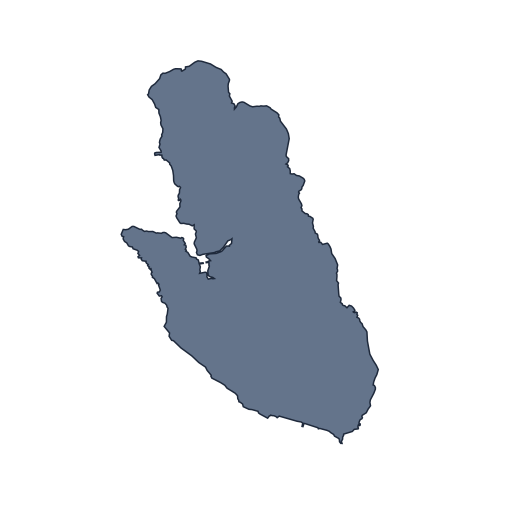 outline of Maap, Federated States of Micronesia, rotated 127°
{"feature_id": "79324940B26279629748947", "entity_name": "Maap", "entity_type": "district", "adm_level": 2, "iso_a3": "FSM", "parent_name": "Federated States of Micronesia", "parent_adm1": "", "projection": "orthographic", "projection_center": [138.163, 9.592], "detail": "fine", "context": "isolated", "style": "filled", "palette": "slate", "viewbox_px": 512, "rotation_deg": 127, "n_neighbors": 0, "source": "geoboundaries", "source_scale": "gbopen_adm2", "svg_char_len": 6121}
<svg xmlns="http://www.w3.org/2000/svg" viewBox="0 0 512 512"><g transform="rotate(127 256 256)"><path d="M381.1,166.8L378.8,160.9L379.8,159.5L379.8,157.7L378.5,149.1L375.6,149.1L375.2,148.6L374.2,148.5L373.9,147.3L372.7,145.4L372.2,143.1L372.4,141.8L369.9,141.1L363.2,123.6L361.4,120.1L361.3,118.1L364.4,116.7L364.0,115.8L360.8,116.9L360.3,115.9L355.9,103.2L356.5,102.2L355.3,101.2L352.6,94.6L351.9,91.9L352.1,90.3L351.8,86.6L352.6,84.9L351.9,79.9L352.8,78.6L354.1,77.5L354.6,75.5L353.9,74.5L352.7,76.2L350.2,76.6L348.3,77.9L346.7,78.0L345.5,78.8L338.2,73.5L335.3,73.2L332.6,70.4L331.8,70.6L331.3,71.7L329.6,72.6L329.1,72.6L329.4,71.6L328.9,71.1L328.2,71.1L327.4,71.8L327.8,72.8L326.8,73.6L324.7,74.2L323.6,74.2L322.4,73.5L321.1,73.7L320.5,74.8L319.3,75.3L314.9,73.6L310.8,74.3L306.7,74.4L304.4,76.9L302.0,78.1L294.8,79.3L290.5,80.5L289.1,81.6L288.2,83.5L288.5,84.8L285.8,86.2L281.7,87.5L278.1,88.1L273.1,90.0L270.9,94.2L268.9,99.6L265.9,106.0L256.9,115.8L249.9,121.7L248.9,123.9L248.0,128.0L246.2,130.6L246.1,132.3L245.4,134.0L244.2,135.2L243.8,136.6L244.2,138.5L242.1,139.1L242.0,140.2L240.4,141.0L240.5,142.1L241.8,143.0L242.3,144.4L242.0,144.8L240.7,143.9L239.8,144.4L238.9,146.8L238.5,149.6L239.3,151.9L242.6,152.2L242.3,155.1L243.0,156.6L242.9,157.7L242.2,158.5L242.3,160.7L239.8,161.8L238.5,162.9L238.1,165.5L236.7,166.9L229.5,173.2L228.0,173.8L227.2,176.8L223.7,179.0L222.0,180.3L221.5,181.2L220.7,181.6L219.2,181.6L218.0,182.5L217.3,183.7L214.0,185.4L210.4,191.3L208.5,197.0L205.3,200.3L204.0,202.6L202.9,205.5L202.9,206.8L206.7,209.8L206.1,212.6L207.3,213.9L207.0,214.4L206.0,214.3L205.2,214.8L204.8,216.2L203.8,217.8L202.2,219.2L201.6,220.2L202.0,222.6L201.0,223.5L199.4,227.1L197.8,228.0L195.6,230.8L192.3,232.4L191.7,233.3L191.9,236.7L192.6,238.1L191.5,239.2L191.6,240.8L192.5,242.2L192.3,246.4L190.7,247.7L190.3,249.1L188.2,249.6L187.0,251.1L184.8,256.3L183.5,257.7L181.1,259.0L179.7,259.1L179.3,260.5L178.3,260.7L176.0,259.8L174.8,259.9L173.3,260.8L171.3,260.8L166.7,262.2L165.7,263.7L165.5,265.3L166.0,269.6L167.3,272.1L167.4,275.1L168.9,276.6L169.6,278.2L167.4,279.9L165.9,281.7L165.8,284.5L164.6,284.5L164.1,285.5L164.5,287.4L162.6,286.8L160.1,287.3L158.6,288.6L158.4,291.1L158.0,292.1L157.0,292.9L142.3,300.1L138.8,303.8L136.3,308.1L133.6,317.6L131.6,320.0L131.4,321.6L129.5,322.7L129.0,325.4L129.6,332.4L129.1,333.9L129.7,337.9L131.8,340.2L133.2,342.5L134.5,343.4L135.8,345.4L138.9,348.5L139.8,351.2L140.5,358.1L141.3,359.8L143.0,361.2L145.2,362.1L148.9,361.4L151.7,361.6L150.7,362.4L148.7,363.1L147.7,365.3L148.5,367.6L146.7,368.2L144.3,373.5L142.1,374.6L141.8,376.4L137.1,380.6L134.9,381.9L131.9,382.8L130.9,383.5L128.5,389.5L128.6,392.7L128.0,396.1L129.4,401.4L130.0,407.9L133.2,416.6L135.1,419.8L138.1,421.5L144.7,423.5L147.4,426.1L149.2,424.9L153.0,426.4L153.0,427.1L151.9,427.9L151.7,428.5L154.8,432.9L156.5,434.2L160.7,436.0L164.8,438.5L166.0,440.4L168.6,441.0L172.4,439.7L179.3,440.3L183.4,441.6L187.7,441.2L191.2,439.4L192.4,439.6L193.5,436.9L193.6,433.0L195.7,428.4L197.7,425.5L197.5,421.8L200.3,419.5L202.2,416.3L204.9,413.3L206.9,412.4L208.5,410.8L210.4,406.9L213.4,404.9L216.0,404.3L216.9,403.2L220.1,402.9L221.7,402.3L223.5,401.4L224.4,400.0L227.7,398.8L229.2,395.0L230.3,394.2L233.1,397.7L234.4,398.8L235.4,398.5L236.4,397.2L233.2,394.2L233.4,393.7L232.1,391.9L233.5,390.7L234.1,389.4L233.8,388.6L234.6,387.0L233.4,385.5L233.6,381.0L234.6,380.2L235.2,377.8L237.8,373.9L241.4,370.3L245.5,367.0L246.7,365.4L247.3,364.1L247.6,360.5L247.2,359.5L246.5,359.2L246.6,357.6L247.4,357.2L248.8,357.1L251.9,355.0L254.3,354.7L255.7,353.8L256.2,352.7L258.2,351.7L258.3,351.2L257.7,350.7L256.2,350.6L256.4,349.9L257.2,349.1L260.1,348.3L262.5,346.3L268.2,346.3L269.2,345.7L269.7,344.6L272.2,343.9L273.2,342.3L275.3,336.7L275.2,335.5L273.4,333.4L272.1,330.4L270.9,328.6L270.3,325.1L268.3,324.2L271.6,321.7L271.9,319.0L272.6,318.2L274.9,317.6L277.3,314.6L282.0,313.6L283.5,312.7L286.2,307.4L287.4,306.2L289.0,305.7L290.3,303.5L289.3,301.1L286.7,299.5L278.3,291.3L276.7,290.5L273.8,288.1L268.4,287.3L260.8,287.6L258.4,286.1L256.7,285.6L260.7,283.1L263.5,283.7L264.1,283.2L265.9,285.6L272.3,286.1L273.7,286.6L277.9,289.3L282.3,294.4L285.8,296.1L286.7,295.0L286.6,292.1L287.1,289.5L288.7,290.9L289.2,290.6L290.8,292.2L291.3,291.7L289.6,289.9L289.8,289.4L291.7,288.1L292.1,287.2L296.8,285.6L299.6,283.2L300.3,282.0L300.2,280.3L299.1,277.6L299.1,275.7L300.1,276.7L300.8,278.2L303.2,280.2L302.1,282.8L301.1,283.3L299.5,284.9L299.1,285.9L299.6,286.9L303.8,290.6L301.8,291.2L300.9,292.5L298.2,293.9L296.5,296.5L293.7,293.7L293.3,294.2L296.0,297.1L293.9,299.7L294.2,301.6L293.5,302.8L295.4,306.6L295.8,308.5L294.2,312.5L294.4,315.0L293.5,315.0L293.1,315.8L293.2,316.5L291.1,317.0L290.2,317.8L289.7,318.6L290.2,320.0L288.5,320.1L287.4,323.4L285.8,324.1L285.5,325.3L286.0,326.5L287.1,326.8L288.9,330.8L291.8,334.1L291.8,342.0L292.4,343.5L293.4,344.6L294.8,345.2L296.9,348.7L297.7,349.3L298.5,353.1L301.2,356.6L301.9,358.4L303.5,359.9L303.7,362.3L303.5,363.5L304.6,364.8L305.9,371.4L306.9,372.7L311.5,374.1L313.5,376.0L314.7,378.0L319.8,376.7L320.9,374.7L320.2,373.4L322.3,372.4L323.5,369.7L323.3,367.1L324.6,364.0L324.5,362.8L323.2,360.1L324.2,358.5L322.9,354.4L323.0,352.5L325.1,351.8L325.5,349.4L327.6,349.8L328.2,348.8L326.4,346.3L327.6,345.8L328.2,344.0L326.4,340.6L327.1,340.3L327.7,339.0L327.7,337.0L328.6,337.0L329.0,336.3L329.0,334.6L330.0,334.4L330.3,333.0L329.3,332.4L329.6,331.8L330.4,331.7L330.5,330.8L331.6,329.2L332.7,329.3L333.7,328.7L334.5,326.4L335.4,325.9L335.2,323.6L337.5,318.5L336.6,318.2L336.9,316.5L337.7,316.6L340.8,311.9L342.9,311.6L344.2,312.9L345.2,312.6L346.2,309.1L344.6,307.6L345.1,306.4L347.0,306.3L349.0,304.3L349.3,302.9L348.5,300.3L349.1,297.7L350.3,296.3L350.7,294.8L355.8,291.9L358.3,291.0L362.8,287.7L367.5,287.0L369.5,278.7L372.4,277.1L374.1,272.6L373.3,271.0L374.6,260.5L374.4,247.3L375.5,237.6L375.1,229.5L376.8,226.1L378.2,220.0L379.2,219.6L380.1,217.7L378.4,208.1L378.0,203.1L379.0,199.6L378.1,190.0L378.7,186.7L381.0,184.6L381.5,183.2L382.7,181.9L382.3,180.5L382.3,177.6L384.0,175.5L382.7,169.4L381.1,166.8Z" fill="#64748b" stroke="#1e293b" stroke-width="1.5"/></g></svg>